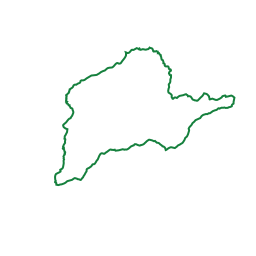 Salento, Quindío, Colombia, rotated 37°
{"feature_id": "7082276B37195114642514", "entity_name": "Salento", "entity_type": "district", "adm_level": 2, "iso_a3": "COL", "parent_name": "Colombia", "parent_adm1": "Quindío", "projection": "equal_earth", "projection_center": [-75.548, 4.594], "detail": "fine", "context": "isolated", "style": "outline", "palette": "green", "viewbox_px": 256, "rotation_deg": 37, "n_neighbors": 0, "source": "geoboundaries", "source_scale": "gbopen_adm2", "svg_char_len": 5695}
<svg xmlns="http://www.w3.org/2000/svg" viewBox="0 0 256 256"><g transform="rotate(37 128 128)"><path d="M58.2,132.1L58.5,132.3L58.4,132.7L58.5,133.0L58.9,134.0L59.1,134.2L59.1,134.6L59.3,134.8L59.3,135.2L59.5,135.5L59.5,135.9L59.2,136.9L59.2,138.0L58.8,138.6L58.9,139.1L59.1,139.2L59.3,139.1L59.7,139.4L59.6,139.7L59.9,140.0L60.2,140.2L60.5,140.7L60.4,140.9L60.8,141.5L60.9,141.4L61.4,141.7L61.9,143.2L62.2,143.6L62.9,143.9L62.9,144.4L63.0,144.4L63.0,144.2L63.3,143.9L63.4,143.6L63.6,143.6L63.4,145.5L63.6,145.2L64.2,145.3L65.1,145.0L65.9,145.0L66.7,145.5L66.9,145.6L67.3,145.4L67.6,145.1L67.9,145.5L68.4,145.6L70.1,146.5L70.8,146.2L71.5,146.0L72.0,146.1L72.4,146.4L72.8,146.9L73.5,147.2L74.7,148.1L75.1,148.7L75.5,149.7L75.6,150.5L76.0,151.6L76.0,153.5L76.2,154.3L76.2,154.8L75.6,155.7L75.3,156.8L75.2,158.2L75.2,160.7L74.5,163.8L74.5,164.8L75.7,165.8L76.4,166.0L78.4,166.0L80.3,165.4L81.8,168.0L82.2,170.4L82.4,171.3L82.4,172.4L82.7,173.1L83.3,173.9L83.7,174.8L84.5,174.6L84.8,174.8L85.8,176.7L86.2,177.3L86.7,177.7L86.8,180.0L87.4,182.0L88.1,182.0L89.0,182.6L89.0,183.1L88.2,183.3L88.2,183.5L88.6,183.7L90.2,183.9L90.5,184.1L91.2,184.8L91.6,185.0L92.2,185.0L92.4,185.1L92.6,185.5L92.2,185.3L92.1,185.5L92.8,186.7L93.2,187.6L93.6,189.6L94.5,190.2L94.6,190.4L94.9,191.1L95.8,191.5L96.1,192.6L96.4,193.1L97.8,194.7L98.4,195.8L99.6,198.2L99.9,199.2L99.9,200.1L99.0,202.1L99.3,202.5L100.0,202.8L100.3,203.4L99.8,204.8L98.9,206.5L98.2,208.1L98.4,209.4L99.2,211.0L100.4,212.4L100.9,212.9L101.2,213.3L102.0,213.6L102.2,214.0L102.2,215.0L102.4,215.2L102.7,215.2L103.2,214.8L103.8,215.1L104.0,215.2L104.3,215.8L104.7,216.1L104.9,216.4L106.6,215.6L107.1,215.1L107.8,213.9L108.3,213.6L109.0,212.8L110.3,210.8L111.0,209.3L111.5,207.0L114.5,203.1L115.2,200.9L115.7,200.0L117.7,199.2L118.5,199.2L119.7,198.5L121.3,198.1L121.6,197.7L121.6,195.6L121.8,194.5L121.5,193.4L121.4,191.3L121.0,188.9L121.0,187.8L120.9,187.4L120.0,186.1L119.9,185.6L120.1,184.8L120.9,183.3L121.7,180.8L121.6,178.4L122.2,177.7L122.6,177.4L123.0,176.4L122.8,173.9L122.6,172.8L122.8,171.7L122.7,171.0L121.8,167.5L121.6,165.5L121.8,164.7L122.3,163.9L123.4,163.4L124.3,163.1L124.7,162.7L125.0,161.2L125.6,159.6L126.4,156.8L126.8,155.9L127.5,155.4L128.3,155.2L129.3,154.4L129.8,154.2L130.5,153.3L131.2,153.6L131.7,153.6L134.0,151.4L136.6,148.1L138.2,147.5L138.5,147.0L139.7,146.2L140.2,145.6L140.8,144.2L141.6,140.6L142.1,139.9L142.5,139.0L143.0,138.6L143.1,137.1L143.3,136.7L144.5,136.0L145.7,135.8L147.8,135.1L148.2,134.7L148.4,134.1L148.8,133.8L149.9,132.2L150.4,130.9L150.5,129.8L150.8,128.5L150.9,127.4L151.7,124.9L152.3,124.4L154.6,123.4L156.7,122.9L157.3,122.1L159.8,122.4L160.8,121.8L161.8,121.5L162.5,121.5L163.4,121.7L165.5,121.6L166.6,121.9L167.4,121.4L169.0,121.4L170.0,121.8L171.4,122.9L171.8,122.3L172.5,119.8L173.3,118.3L173.7,117.7L174.4,117.2L177.1,116.0L177.5,115.8L178.2,113.5L178.4,112.0L178.6,111.4L179.4,110.1L179.5,109.5L180.3,107.7L180.5,107.1L180.5,105.9L180.3,103.6L179.7,101.5L180.2,99.2L179.9,98.0L179.8,97.2L178.4,93.4L178.0,92.8L176.9,92.1L176.7,91.3L176.6,90.4L176.7,89.1L176.9,87.6L176.6,85.2L177.1,83.2L177.2,81.1L179.7,76.6L179.6,74.1L180.2,72.2L181.9,69.9L183.0,69.2L183.7,67.5L184.4,67.1L184.6,66.8L185.6,63.5L186.7,61.7L187.8,60.3L188.0,59.7L188.3,58.0L188.5,57.7L188.9,57.5L189.5,57.4L189.8,56.7L190.6,55.4L191.8,54.6L192.7,53.6L193.8,53.3L195.6,51.8L195.7,51.4L195.8,51.1L197.1,49.5L197.8,48.2L197.3,47.5L197.1,46.7L197.3,45.9L197.6,45.0L196.6,43.6L195.7,41.7L194.7,39.7L192.7,39.6L191.3,39.8L190.9,40.0L188.7,42.8L187.4,44.2L186.5,43.5L186.1,43.5L185.9,43.7L184.6,45.3L184.3,45.9L184.4,47.2L183.6,49.4L182.3,51.9L181.1,52.8L177.7,53.8L176.1,56.0L175.9,56.0L175.5,55.3L174.7,55.0L173.7,54.0L171.4,53.5L170.6,53.5L170.1,53.6L167.9,54.5L168.1,56.4L168.1,57.8L167.6,60.4L167.5,61.8L167.3,62.7L167.2,63.8L167.0,64.4L166.6,64.8L165.7,65.1L164.8,65.7L163.9,65.9L162.6,66.3L162.0,66.2L160.3,65.5L159.0,65.2L157.9,65.6L156.8,66.6L156.2,66.1L155.6,66.0L154.7,66.2L154.0,66.1L153.1,67.3L152.4,68.5L149.8,71.4L149.3,73.0L149.0,74.6L147.9,74.9L147.1,75.3L146.7,76.0L146.5,77.4L146.0,77.8L144.2,77.0L143.3,75.6L142.8,75.3L141.5,75.1L139.1,75.3L138.6,75.0L137.7,74.1L136.7,72.1L136.3,70.6L134.7,69.1L134.3,68.6L134.3,66.7L134.1,66.0L133.7,65.2L132.9,64.2L132.5,63.5L132.0,61.9L130.8,60.2L130.6,60.0L130.2,60.4L129.5,60.5L129.1,60.4L128.9,60.0L127.9,59.8L127.7,59.5L127.5,59.0L127.3,57.8L127.8,56.4L127.5,56.0L127.2,55.8L126.6,55.6L125.8,56.1L125.1,56.1L123.8,55.0L123.2,54.7L122.4,55.0L121.5,55.8L121.0,56.1L120.6,56.2L120.0,56.1L119.6,55.9L119.1,55.1L118.7,54.8L118.0,54.7L117.3,55.0L116.5,53.9L115.1,52.9L114.1,53.1L113.7,53.1L113.2,52.6L112.6,52.2L111.9,51.4L110.9,50.9L110.5,50.2L110.2,50.0L109.8,50.0L109.1,50.3L108.8,50.2L108.0,49.6L107.6,49.5L107.3,49.6L106.8,50.2L106.5,49.7L105.8,49.1L105.2,49.5L104.4,49.5L103.7,50.5L103.0,50.8L102.7,51.4L102.4,51.5L102.0,51.5L101.1,50.8L99.7,50.0L98.9,50.1L97.3,50.8L96.9,50.8L96.8,52.4L96.7,52.8L96.1,53.4L95.3,54.5L94.7,55.0L92.4,56.1L91.4,57.5L91.0,57.7L90.7,58.2L89.3,57.6L89.0,58.6L88.5,58.5L87.4,58.9L86.9,59.0L85.5,62.2L85.0,62.7L84.2,63.0L83.9,63.5L83.8,63.9L83.8,64.8L83.7,65.7L83.7,66.5L83.4,67.4L82.7,68.3L82.3,68.6L81.3,68.7L80.7,68.9L81.4,69.4L82.8,71.4L83.1,73.2L83.2,74.8L83.1,78.0L83.2,80.2L83.1,80.9L82.5,81.7L81.7,82.2L80.8,82.3L80.2,82.7L79.9,83.2L79.6,84.4L79.4,87.4L79.1,88.7L78.8,89.3L76.9,91.0L75.8,92.3L75.5,93.1L74.9,96.0L73.8,97.6L72.8,99.5L72.1,102.0L71.8,102.5L71.6,103.1L71.1,104.3L70.6,104.9L67.2,108.1L65.1,113.2L64.4,115.7L63.4,117.1L62.4,117.7L62.0,118.3L61.8,119.0L62.3,120.1L62.3,121.0L61.2,122.8L60.6,124.6L59.6,125.2L59.1,126.0L58.9,126.8L59.3,128.4L59.2,129.4L58.2,132.1Z" fill="none" stroke="#15803d" stroke-width="2"/></g></svg>